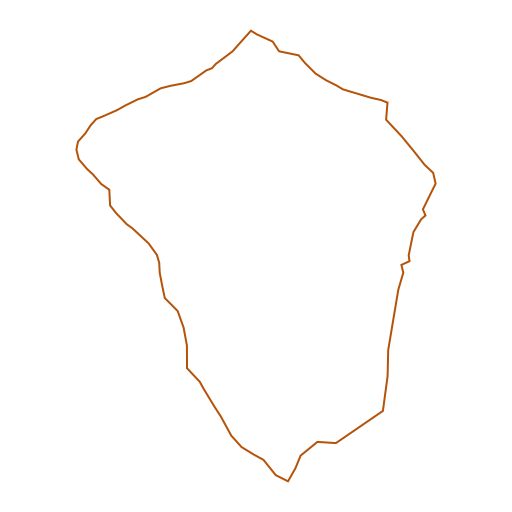 outline of Zing, Taraba, Nigeria
{"feature_id": "59680162B60568566930973", "entity_name": "Zing", "entity_type": "district", "adm_level": 2, "iso_a3": "NGA", "parent_name": "Nigeria", "parent_adm1": "Taraba", "projection": "mercator", "projection_center": [11.715, 8.874], "detail": "fine", "context": "isolated", "style": "outline", "palette": "amber", "viewbox_px": 512, "rotation_deg": 0, "n_neighbors": 0, "source": "geoboundaries", "source_scale": "gbopen_adm2", "svg_char_len": 1460}
<svg xmlns="http://www.w3.org/2000/svg" viewBox="0 0 512 512"><path d="M288.0,481.3L295.4,468.3L300.6,455.6L317.4,441.9L335.9,443.1L382.9,410.9L387.6,376.1L388.2,350.1L393.6,317.8L398.3,289.7L403.3,272.7L401.4,264.9L409.5,261.2L408.7,255.3L413.4,232.2L415.1,229.3L419.8,221.5L421.2,219.2L425.5,215.5L422.9,209.4L430.9,193.1L431.0,192.9L435.6,183.7L433.2,172.9L424.6,164.8L413.6,150.9L401.8,136.5L386.1,119.7L387.5,102.6L387.4,102.6L380.9,100.0L374.2,98.5L370.7,97.7L352.1,92.1L346.6,90.5L346.5,90.4L344.1,89.7L343.0,89.4L336.5,85.5L326.0,80.2L321.6,77.4L315.6,73.6L305.1,63.1L298.6,55.3L294.6,54.5L286.8,52.9L280.1,51.5L279.0,51.2L272.7,41.6L264.8,38.0L256.9,34.4L250.9,30.7L247.2,34.9L241.7,41.0L238.0,45.2L232.5,51.4L221.3,59.8L215.7,64.0L212.0,68.2L206.3,70.4L204.6,71.6L198.7,75.8L191.3,81.0L186.9,82.4L183.7,83.3L170.2,85.9L160.7,88.3L153.1,92.6L145.6,96.9L137.9,99.3L134.2,101.1L124.7,105.8L117.1,110.1L101.9,116.8L96.3,119.0L90.7,125.2L85.3,133.4L78.0,141.6L76.4,149.6L78.8,159.4L87.0,168.9L93.1,174.6L101.3,184.1L109.3,189.7L109.7,197.6L110.1,205.5L116.2,213.2L126.8,224.3L132.4,228.3L138.5,234.0L148.6,243.4L156.9,254.9L159.2,262.7L159.7,272.6L162.3,286.3L164.8,298.1L172.6,305.9L177.7,311.1L183.6,327.6L185.9,340.0L186.9,345.4L187.0,358.4L187.0,368.2L199.7,381.7L204.0,389.4L214.5,406.7L220.7,416.3L225.0,424.1L231.3,435.7L241.6,447.1L253.5,454.4L263.5,459.9L274.1,473.1L275.8,475.2L288.0,481.3Z" fill="none" stroke="#b45309" stroke-width="2"/></svg>